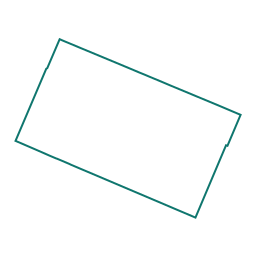 outline of Texas, Oklahoma, United States of America, rotated 23°
{"feature_id": "52423323B37973065471626", "entity_name": "Texas", "entity_type": "district", "adm_level": 2, "iso_a3": "USA", "parent_name": "United States of America", "parent_adm1": "Oklahoma", "projection": "natural_earth1", "projection_center": [-101.473, 36.749], "detail": "fine", "context": "isolated", "style": "outline", "palette": "teal", "viewbox_px": 256, "rotation_deg": 23, "n_neighbors": 0, "source": "geoboundaries", "source_scale": "gbopen_adm2", "svg_char_len": 633}
<svg xmlns="http://www.w3.org/2000/svg" viewBox="0 0 256 256"><g transform="rotate(23 128 128)"><path d="M201.3,184.1L207.3,184.1L208.6,184.1L220.9,184.1L225.1,184.1L225.0,105.6L226.5,105.5L226.5,71.9L217.3,71.9L214.3,71.9L206.9,71.9L204.6,71.9L178.3,72.1L178.1,72.1L151.8,72.3L151.5,72.3L148.1,72.3L141.7,72.3L128.7,72.4L122.6,72.4L116.1,72.5L107.9,72.5L107.7,72.5L53.2,72.9L35.4,73.0L30.4,73.0L30.3,104.5L29.6,105.4L29.5,183.8L48.0,183.9L66.8,184.1L73.8,184.1L74.6,184.0L74.9,184.0L75.1,184.0L75.4,184.0L88.1,184.0L90.0,184.1L98.2,184.1L98.8,184.1L103.6,184.1L201.3,184.1Z" fill="none" stroke="#0f766e" stroke-width="2"/></g></svg>